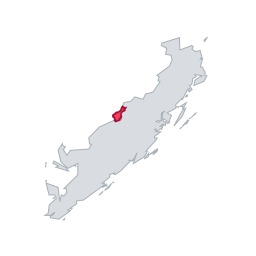 Russia, with Tuva highlighted, rotated 136°
{"feature_id": "RUS-2605", "entity_name": "Tuva", "entity_type": "Republic", "adm_level": 1, "iso_a3": "RUS", "parent_name": "Russia", "parent_adm1": "", "projection": "robinson", "projection_center": [94.276, 51.727], "detail": "fine", "context": "in_parent", "style": "filled", "palette": "rose", "viewbox_px": 256, "rotation_deg": 136, "n_neighbors": 0, "source": "natural_earth", "source_scale": "10m", "svg_char_len": 6455}
<svg xmlns="http://www.w3.org/2000/svg" viewBox="0 0 256 256"><g transform="rotate(136 128 128)"><path d="M193.6,160.6L186.0,162.3L187.1,161.0L186.2,157.9L189.6,157.3L190.9,150.8L185.0,152.0L170.9,140.1L165.6,141.6L166.8,143.2L163.0,148.2L148.0,148.6L132.0,143.0L129.6,147.8L121.5,145.5L113.4,149.1L107.0,145.2L101.6,145.7L97.3,138.2L91.7,140.3L85.3,136.4L72.7,139.1L73.6,141.2L69.9,143.3L70.8,145.8L55.0,143.7L48.8,146.5L46.6,150.5L49.8,154.9L44.8,158.5L46.7,164.2L44.6,165.5L28.2,157.3L36.5,148.1L24.8,143.0L24.7,141.1L27.3,140.3L26.2,136.0L22.3,133.5L25.6,127.7L28.9,127.4L25.9,126.3L33.6,121.7L32.2,120.2L33.9,114.3L36.0,112.9L35.0,110.7L40.9,108.8L51.1,112.8L46.6,115.8L41.1,115.0L39.5,114.0L38.1,113.8L42.9,120.0L43.3,117.5L46.9,118.6L51.9,115.0L54.2,115.9L55.2,111.1L58.5,111.4L59.1,112.6L56.3,113.4L58.1,114.5L69.6,110.5L68.4,111.8L77.3,111.7L79.7,109.0L89.4,111.7L88.0,106.8L95.2,103.7L96.8,104.1L95.1,106.2L96.4,111.4L92.9,114.7L89.4,114.5L93.5,115.5L98.6,110.8L100.4,110.5L101.1,112.7L103.4,113.1L102.0,110.7L96.8,110.1L98.0,107.7L96.7,106.2L99.4,103.9L100.1,106.5L103.4,107.1L104.4,107.1L100.7,105.4L104.1,104.6L109.9,105.7L108.5,107.7L109.6,108.5L110.5,105.8L107.1,102.6L114.8,103.4L116.1,102.2L113.9,100.7L115.5,99.9L131.2,98.9L130.2,97.8L136.4,95.9L148.9,98.7L138.7,103.9L145.0,101.8L148.6,102.0L149.0,103.8L149.3,104.1L149.8,104.2L150.0,102.6L163.4,102.3L169.6,103.4L170.4,105.1L168.2,104.6L173.5,107.4L174.9,105.4L184.9,106.1L183.1,104.7L184.8,103.7L210.1,107.1L215.6,111.3L217.5,109.2L228.4,110.8L226.9,108.5L241.1,110.5L246.3,117.6L244.7,118.5L241.8,117.6L239.0,118.4L244.6,119.0L248.4,122.9L244.8,122.0L238.2,127.3L228.3,127.2L227.4,131.1L231.3,134.7L225.2,145.3L219.5,133.8L228.2,122.5L222.4,126.1L221.4,123.7L216.9,124.1L214.4,127.6L216.2,128.9L196.6,129.2L188.6,137.4L199.1,140.6L199.8,150.5L193.6,160.6ZM93.6,97.5L76.2,103.0L72.8,102.2L80.7,98.8L93.6,97.5ZM200.7,138.3L207.2,150.0L204.3,148.9L206.5,154.8L204.2,155.7L200.2,142.6L200.7,138.3ZM68.4,105.7L75.8,103.2L73.5,105.4L75.8,107.4L68.4,105.7ZM178.1,99.6L183.0,98.4L188.4,99.3L178.1,99.6ZM125.5,92.2L131.3,93.9L123.2,93.1L125.5,92.2ZM123.6,91.0L128.7,91.4L121.4,91.9L123.6,91.0ZM133.2,93.3L137.8,94.5L130.6,95.4L133.2,93.3ZM189.7,99.8L192.3,99.5L195.6,99.9L189.7,99.8ZM7.6,138.2L12.8,137.0L12.4,138.4L7.6,138.2ZM72.6,91.7L75.7,91.5L69.6,91.9L72.6,91.7ZM184.4,102.1L188.0,103.1L183.0,102.8L184.4,102.1ZM65.0,110.2L62.8,111.0L62.2,110.4L63.4,109.6L65.0,110.2ZM78.5,91.3L81.4,91.1L82.7,91.3L78.5,91.3ZM87.8,91.3L86.3,91.8L84.4,91.6L85.0,91.3L87.8,91.3ZM90.5,91.4L88.2,91.3L91.6,91.2L90.5,91.4ZM77.6,107.9L78.1,109.2L76.7,108.2L77.6,107.9ZM124.1,92.5L122.1,92.8L120.9,92.4L124.1,92.5ZM80.5,90.7L84.1,90.5L82.6,90.9L80.5,90.7ZM238.3,107.0L236.4,106.8L237.5,106.1L238.3,107.0ZM70.1,91.4L72.2,91.5L67.8,91.6L70.1,91.4ZM95.4,103.3L93.2,103.4L95.4,103.2L95.4,103.3ZM147.2,100.9L148.2,101.7L146.5,101.2L147.2,100.9ZM225.7,109.0L224.5,109.3L223.6,109.0L225.7,109.0ZM83.2,91.9L81.7,91.7L84.2,91.9L83.2,91.9ZM83.3,90.9L84.1,91.3L82.3,91.0L83.3,90.9ZM214.3,156.8L214.1,157.6L213.1,158.8L214.3,156.8ZM80.4,91.9L81.4,92.2L79.9,92.2L80.4,91.9ZM103.9,104.4L102.3,104.8L101.9,104.7L103.9,104.4ZM230.7,129.5L229.3,129.2L230.3,128.8L230.7,129.5ZM183.9,101.4L183.5,102.0L182.9,101.5L183.9,101.4ZM192.1,136.7L192.6,137.8L191.8,137.5L192.1,136.7ZM224.3,145.7L223.8,147.2L223.3,146.7L224.3,145.7ZM77.9,92.0L76.4,92.1L76.0,92.0L77.9,92.0ZM105.1,103.4L104.7,104.0L104.4,103.8L105.1,103.4ZM176.9,99.2L176.1,99.5L176.1,98.8L176.9,99.2ZM210.9,159.9L212.5,158.7L211.0,160.2L210.9,159.9Z" fill="#d9dde1" stroke="#a8b0b8" stroke-width="1"/><path d="M132.1,142.9L131.9,143.0L131.8,143.3L131.7,143.5L131.3,143.7L131.1,143.8L131.0,144.0L131.0,144.3L130.8,144.2L130.7,144.3L130.6,144.5L130.5,144.8L130.4,145.0L130.3,145.3L130.5,145.4L130.6,145.5L130.7,146.0L130.9,146.1L131.0,146.1L131.1,146.3L131.1,146.5L130.8,147.1L130.7,147.2L130.5,147.3L130.4,147.4L130.0,147.4L130.0,147.5L129.9,147.6L129.7,147.8L129.4,147.8L129.2,147.7L128.6,147.4L128.4,147.5L128.3,147.4L128.2,147.4L128.0,147.5L127.8,147.3L127.5,147.2L127.4,147.3L127.2,147.3L127.2,147.2L127.0,147.3L126.9,147.4L126.7,147.4L126.6,147.5L126.5,147.4L126.4,147.3L125.9,147.4L125.8,147.2L125.7,147.2L125.4,147.2L125.2,147.2L125.0,146.9L124.8,146.9L124.7,146.6L124.7,146.4L124.6,146.2L123.4,146.1L123.2,146.0L122.7,146.0L122.5,145.8L122.5,145.7L122.4,145.6L122.2,145.6L122.1,145.8L121.9,145.8L121.9,145.7L121.7,145.6L121.4,145.5L121.3,145.8L121.2,145.8L120.8,145.8L120.7,145.8L120.4,145.9L120.3,146.1L120.1,146.2L120.0,146.3L119.9,146.3L119.5,146.4L119.3,146.4L119.1,146.6L118.9,146.6L118.9,146.8L118.7,146.8L118.4,146.9L118.1,147.0L117.8,147.1L117.7,147.1L117.7,147.3L117.2,147.4L117.0,147.2L116.9,147.0L116.9,146.8L116.7,146.9L116.7,146.7L116.9,146.5L116.9,146.4L117.0,146.3L117.1,146.5L117.5,146.4L117.5,146.2L117.4,146.1L117.2,146.1L117.1,145.9L116.9,145.6L116.7,145.5L116.6,145.4L116.4,145.3L116.4,145.2L116.2,145.1L116.2,144.9L116.1,144.7L116.1,144.4L115.9,144.3L115.9,144.2L115.7,144.1L116.2,144.0L116.3,144.0L116.3,143.9L116.5,143.9L116.5,144.0L116.8,144.0L117.0,144.1L117.3,144.0L117.4,143.9L117.7,143.7L117.8,143.7L118.0,143.7L117.9,143.5L117.9,143.4L117.8,143.2L118.0,143.1L118.0,142.9L118.3,142.9L118.5,142.8L119.0,143.1L119.1,143.3L119.6,143.3L119.8,143.4L120.3,143.4L120.4,143.5L120.5,143.5L120.8,143.5L121.0,143.6L121.3,143.6L121.7,143.6L121.8,143.6L122.0,143.6L122.3,143.5L122.4,143.4L122.5,143.4L122.8,143.2L123.0,143.1L123.2,142.9L123.3,142.9L123.5,142.8L123.7,142.7L123.8,142.5L123.8,142.4L123.9,142.2L124.0,142.2L124.2,141.9L124.3,141.8L124.3,141.7L124.7,141.4L124.8,141.3L125.0,141.3L125.1,141.2L125.1,140.9L125.3,140.7L125.1,140.6L125.3,140.5L125.4,140.4L125.6,140.4L125.8,140.4L126.0,140.4L126.2,140.2L126.2,140.3L126.3,140.4L126.5,140.4L126.8,140.3L126.8,140.2L127.0,140.1L127.3,140.2L127.5,140.3L127.5,140.2L127.7,139.9L127.8,139.9L127.8,140.0L127.9,139.9L127.9,140.0L128.0,140.1L128.4,140.1L128.5,139.9L128.4,139.9L128.5,139.9L128.5,139.7L128.8,139.7L128.8,139.8L129.0,139.9L129.3,140.0L129.5,140.0L129.8,140.3L130.1,140.4L130.4,140.5L130.4,140.4L130.5,140.5L130.8,140.7L131.0,140.7L131.0,140.8L131.0,141.0L131.4,140.9L131.5,141.0L131.6,140.9L131.9,140.9L132.0,140.9L132.2,141.0L132.5,141.3L132.5,141.5L132.4,141.4L132.2,141.4L131.9,141.5L132.0,141.6L132.0,141.8L131.9,141.9L131.8,142.0L131.7,142.2L131.7,142.3L131.6,142.6L131.8,142.6L131.9,142.8L132.0,142.8L132.1,142.9Z" fill="#f43f5e" stroke="#9f1239" stroke-width="1.5"/></g></svg>